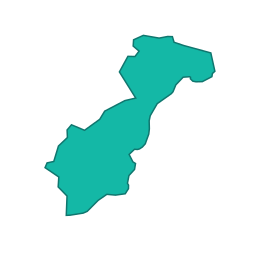 Westmoreland, Virginia, United States of America, rotated 103°
{"feature_id": "52423323B55573357858971", "entity_name": "Westmoreland", "entity_type": "district", "adm_level": 2, "iso_a3": "USA", "parent_name": "United States of America", "parent_adm1": "Virginia", "projection": "mercator", "projection_center": [-76.807, 38.122], "detail": "fine", "context": "isolated", "style": "filled", "palette": "teal", "viewbox_px": 256, "rotation_deg": 103, "n_neighbors": 0, "source": "geoboundaries", "source_scale": "gbopen_adm2", "svg_char_len": 968}
<svg xmlns="http://www.w3.org/2000/svg" viewBox="0 0 256 256"><g transform="rotate(103 128 128)"><path d="M185.3,199.9L191.3,184.4L201.1,182.8L208.0,172.1L227.0,168.5L226.0,164.9L221.0,152.5L218.4,149.0L205.2,140.8L197.4,133.7L196.2,125.1L192.7,115.9L187.0,113.9L183.6,114.6L182.0,116.1L174.1,116.4L166.9,112.3L160.9,112.7L159.9,115.6L153.5,121.0L147.3,116.9L147.2,116.5L146.8,114.0L145.8,112.1L143.3,109.7L139.5,107.6L137.5,107.4L129.3,106.4L124.0,107.0L116.2,109.0L111.0,109.1L97.7,105.0L84.8,93.5L82.6,92.3L75.2,91.1L66.1,85.7L64.2,79.6L64.5,78.5L66.0,78.3L67.8,75.4L67.7,72.2L66.1,66.0L59.1,57.8L55.9,58.0L53.2,56.1L36.2,64.2L35.1,92.1L34.1,102.4L29.0,105.3L29.9,109.9L33.4,117.9L34.3,133.9L40.8,142.4L47.0,141.4L50.6,134.5L56.8,137.3L58.2,144.2L75.3,149.0L97.1,127.2L102.0,137.2L116.8,154.5L125.9,157.5L140.0,169.8L137.6,183.8L143.6,186.9L150.9,184.9L161.2,191.7L177.3,192.8L180.2,199.0L185.3,199.9Z" fill="#14b8a6" stroke="#0f766e" stroke-width="1.5"/></g></svg>